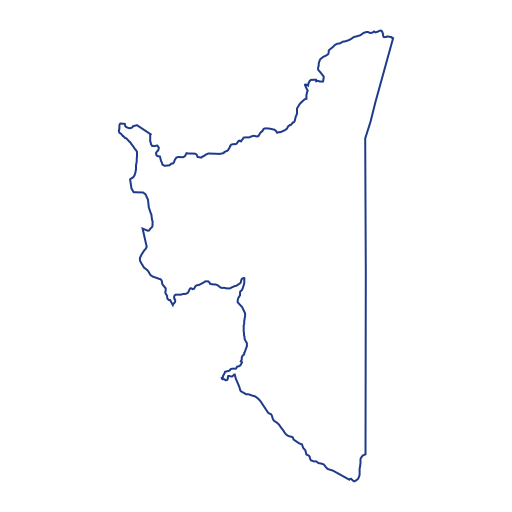 outline of Tarrazu, San José, Costa Rica
{"feature_id": "36466004B83189782085425", "entity_name": "Tarrazu", "entity_type": "district", "adm_level": 2, "iso_a3": "CRI", "parent_name": "Costa Rica", "parent_adm1": "San José", "projection": "robinson", "projection_center": [-84.074, 9.584], "detail": "fine", "context": "isolated", "style": "outline", "palette": "blue", "viewbox_px": 512, "rotation_deg": 0, "n_neighbors": 0, "source": "geoboundaries", "source_scale": "gbopen_adm2", "svg_char_len": 6037}
<svg xmlns="http://www.w3.org/2000/svg" viewBox="0 0 512 512"><path d="M365.5,454.3L365.8,274.1L365.2,138.4L370.5,121.8L375.5,101.8L393.1,38.2L391.6,37.6L391.5,37.1L387.1,36.4L386.7,36.8L385.7,37.1L383.8,37.0L383.1,35.8L383.1,34.4L382.6,32.8L382.0,31.4L381.3,30.7L379.7,30.7L378.0,31.6L375.4,32.4L374.0,31.5L372.5,32.6L370.7,33.0L368.9,32.5L368.0,32.0L366.4,32.0L363.6,32.9L360.2,35.3L357.0,36.2L356.4,36.5L354.5,36.8L353.2,37.4L351.5,38.7L349.2,40.0L345.1,41.4L343.0,41.6L340.1,43.3L337.2,43.8L335.1,44.8L333.1,46.8L329.3,49.9L328.7,50.8L328.7,52.7L328.1,54.2L326.4,55.4L323.2,56.9L320.8,58.8L320.2,59.4L319.2,61.7L318.7,63.9L318.7,65.7L318.1,67.6L318.1,69.3L318.5,70.3L320.4,72.3L323.7,76.6L323.7,78.0L323.4,78.8L323.4,79.9L322.9,81.6L319.7,81.5L318.0,80.8L317.0,80.9L316.2,81.3L316.0,81.0L315.9,79.7L310.9,79.9L309.5,81.2L308.6,83.0L308.0,85.6L306.9,84.8L305.7,84.5L305.0,84.7L305.1,85.5L305.8,86.3L305.8,87.0L307.7,90.8L307.0,92.2L306.6,94.6L306.4,95.1L306.4,98.8L305.7,98.8L304.7,99.3L302.8,100.9L301.3,102.5L301.0,102.5L299.2,104.7L298.5,106.1L297.6,107.4L297.0,108.6L297.0,113.7L295.6,117.1L294.8,120.7L294.1,122.0L293.4,122.5L292.8,122.5L291.2,124.7L290.3,125.1L289.7,125.1L289.6,125.4L288.2,126.2L287.0,128.6L286.2,129.3L285.4,129.7L284.9,130.2L280.3,132.2L278.4,132.2L277.5,132.8L277.2,132.8L275.8,130.8L274.4,129.7L270.0,128.7L267.1,128.4L265.1,128.4L263.6,128.9L262.8,130.6L262.3,130.9L261.8,131.7L261.5,131.7L260.2,133.0L258.7,135.7L258.4,135.7L257.9,136.4L256.3,136.4L254.5,135.9L253.2,135.9L251.1,136.5L249.3,137.4L245.1,137.4L243.5,137.7L242.7,139.2L241.7,140.2L241.1,141.4L240.1,141.2L239.7,140.7L239.1,140.7L238.5,141.0L236.9,143.3L235.9,144.1L233.0,144.2L231.2,144.7L230.6,145.3L230.4,146.0L230.1,146.1L229.5,147.8L228.7,148.9L228.1,150.2L227.0,150.9L224.9,151.8L224.5,152.2L224.2,152.2L223.7,153.0L222.9,153.3L219.7,153.9L208.4,153.5L205.4,154.8L205.0,155.3L204.7,155.4L203.5,156.3L202.3,156.6L201.4,157.6L197.6,157.0L196.8,154.9L196.1,154.2L194.8,153.6L188.2,153.5L186.5,153.2L185.3,155.6L184.7,156.3L183.2,157.2L178.2,157.0L176.9,157.4L176.3,157.7L175.1,159.4L174.4,160.9L174.1,162.0L173.1,163.4L171.6,163.6L170.8,164.0L169.8,165.1L168.9,165.4L164.6,165.8L162.4,164.6L162.0,163.0L161.0,160.7L159.9,156.5L157.2,156.0L156.2,154.6L156.0,153.0L156.9,151.6L158.2,150.4L158.8,148.1L158.7,147.4L157.2,145.5L154.6,146.1L152.1,145.9L150.9,144.0L150.8,142.7L150.2,141.4L150.2,134.8L150.7,134.3L137.0,125.2L133.0,126.2L132.5,127.1L131.7,127.7L130.6,128.1L128.7,128.1L126.1,127.0L125.2,126.0L124.8,123.9L120.4,123.5L119.9,124.0L119.4,125.3L119.4,128.8L119.1,129.2L119.1,130.4L118.9,130.7L118.9,131.2L119.4,132.7L121.5,134.2L122.4,135.5L122.9,136.1L123.4,136.1L124.3,137.3L124.7,137.4L125.2,138.1L126.2,138.3L127.0,139.0L129.1,141.4L129.9,141.9L130.1,142.4L130.6,142.7L131.4,144.1L133.3,146.5L134.8,148.8L136.2,150.5L137.0,151.8L137.0,157.0L136.8,157.5L136.7,161.5L136.0,165.3L136.0,169.9L135.7,170.3L135.5,172.5L135.0,173.4L134.7,175.0L133.4,177.1L133.1,177.4L132.6,177.5L132.4,177.9L130.4,179.0L130.1,179.4L131.5,188.6L133.7,192.2L143.1,192.5L145.5,194.3L148.0,199.8L148.8,207.4L150.9,213.6L151.4,214.6L152.0,219.7L152.6,221.5L152.5,226.1L151.7,227.4L150.3,228.7L149.3,230.3L148.0,230.8L142.6,228.6L146.7,246.8L145.7,248.9L144.5,250.0L143.0,252.3L141.4,254.8L140.7,256.3L140.7,256.7L140.2,257.2L139.9,258.2L140.0,260.7L141.6,263.7L144.1,267.7L146.7,269.6L148.2,271.2L150.5,275.1L153.0,276.7L157.3,278.1L159.0,278.9L160.0,279.0L160.8,279.4L161.2,280.0L161.8,280.9L162.2,283.7L163.2,285.4L164.1,286.3L164.9,287.5L165.2,287.6L165.3,287.9L165.7,288.3L165.7,290.8L165.4,291.7L165.4,293.1L167.0,295.7L167.2,297.7L167.6,298.9L169.2,300.2L170.1,300.0L172.8,305.0L173.0,304.4L174.8,302.4L175.1,301.7L175.2,300.0L174.6,298.8L174.3,298.7L174.1,297.7L174.2,296.3L174.8,295.3L175.6,294.7L180.8,294.7L182.9,294.0L185.5,293.9L186.4,293.6L187.8,292.8L188.3,292.2L189.7,289.1L190.4,288.3L191.6,288.4L192.6,289.2L194.1,288.7L195.5,286.1L197.1,285.2L198.4,285.1L199.3,284.8L204.2,282.2L205.4,281.3L208.3,281.4L209.6,282.7L209.9,283.7L210.2,283.8L212.7,284.4L214.9,284.4L217.0,284.9L218.7,286.0L220.2,287.3L221.6,287.9L224.9,287.9L226.4,288.4L230.0,288.4L232.1,287.2L233.3,286.8L234.0,286.3L236.5,285.7L239.9,283.4L240.7,282.6L241.4,279.8L242.0,278.7L243.8,278.0L244.3,278.1L244.3,282.9L243.6,285.6L242.5,288.9L241.7,290.1L241.7,290.4L240.4,291.3L240.1,291.8L240.0,295.4L239.8,295.6L238.4,297.8L237.8,299.8L237.6,301.9L237.8,302.4L242.2,307.2L245.1,313.4L245.1,316.3L244.7,318.0L244.4,320.2L244.2,320.8L244.2,323.8L243.7,325.4L243.7,331.7L244.0,332.9L244.0,335.1L244.5,336.8L244.7,339.3L246.9,343.2L246.9,346.5L246.4,347.4L244.9,351.8L244.2,352.8L244.2,354.4L242.8,355.5L242.1,356.5L241.8,357.5L241.7,359.8L240.8,361.3L241.9,362.1L242.0,362.5L240.4,365.3L238.9,366.3L238.1,366.4L237.1,366.7L235.9,368.7L232.5,368.7L231.3,368.9L230.3,369.4L230.0,370.2L229.3,370.7L225.0,371.8L224.7,373.0L223.0,376.0L222.9,377.2L221.7,377.9L221.8,378.5L222.5,379.2L224.2,379.2L225.5,380.2L226.7,380.1L227.3,379.8L227.6,379.1L227.9,378.2L227.9,377.1L228.2,376.0L229.5,376.0L231.1,376.5L232.3,376.4L234.2,374.6L234.7,374.5L235.9,378.9L238.7,385.4L239.5,387.5L240.2,390.1L240.8,391.2L246.0,394.2L249.0,394.4L252.5,395.7L254.5,396.1L255.4,396.6L258.3,398.8L260.4,401.1L267.7,412.1L268.6,413.2L271.0,414.2L271.3,414.6L271.9,415.8L272.7,418.5L273.5,420.1L274.2,420.9L277.2,422.9L279.1,424.7L280.8,427.3L282.9,429.9L284.8,432.9L286.3,434.6L288.4,436.0L292.5,437.1L293.0,437.8L293.4,439.2L293.9,439.8L299.4,443.5L301.9,444.3L302.2,445.0L303.1,447.8L305.4,450.4L306.3,454.3L306.9,454.8L308.8,455.6L309.2,456.1L309.7,456.8L309.9,458.1L310.5,459.6L311.0,460.4L313.9,461.4L316.0,461.4L316.7,461.7L317.9,462.7L318.7,463.2L320.2,463.3L323.2,464.2L324.0,464.7L325.8,467.1L327.7,469.0L332.9,470.6L349.3,479.7L349.9,479.0L351.1,478.8L352.8,480.5L354.2,481.3L354.7,481.3L356.2,480.3L357.7,479.2L358.3,478.4L359.4,475.7L359.6,474.3L359.6,468.8L360.0,466.9L360.5,463.0L360.5,459.0L361.1,457.7L362.5,455.8L363.2,455.3L365.5,454.3Z" fill="none" stroke="#1e3a8a" stroke-width="2"/></svg>